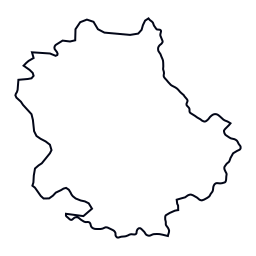 the border of Zapadno-Backi
{"feature_id": "SRB-273", "entity_name": "Zapadno-Backi", "entity_type": "District", "adm_level": 1, "iso_a3": "SRB", "parent_name": "Republic of Serbia", "parent_adm1": "", "projection": "natural_earth1", "projection_center": [19.294, 45.728], "detail": "fine", "context": "isolated", "style": "outline", "palette": "ink", "viewbox_px": 256, "rotation_deg": 0, "n_neighbors": 0, "source": "natural_earth", "source_scale": "10m", "svg_char_len": 4656}
<svg xmlns="http://www.w3.org/2000/svg" viewBox="0 0 256 256"><path d="M130.1,34.9L138.2,33.6L141.6,29.8L142.9,25.2L145.1,20.6L148.5,18.4L149.1,19.2L149.8,20.0L151.8,21.5L152.5,22.2L153.0,22.9L153.7,24.9L154.1,25.8L156.2,28.8L156.7,29.3L157.2,29.5L159.6,29.7L160.2,29.9L160.6,30.2L160.9,30.6L161.0,31.1L161.0,31.5L160.4,34.0L160.3,34.8L160.4,35.7L162.5,40.9L162.6,41.2L162.6,41.7L162.5,42.2L162.2,42.7L161.8,43.3L161.2,44.0L160.1,44.8L159.4,45.5L158.7,46.5L158.2,47.6L158.1,48.5L158.1,49.3L158.2,50.2L158.4,51.0L158.9,51.8L160.5,54.2L161.4,56.6L162.5,59.1L163.0,60.6L163.2,62.7L163.3,66.4L163.1,69.1L163.3,69.9L163.8,71.6L163.9,72.4L164.0,73.2L163.7,75.2L163.7,76.0L163.9,76.8L164.4,77.6L165.0,78.4L166.4,79.9L168.3,82.2L170.8,84.9L172.0,85.7L175.3,87.4L176.8,88.4L178.1,89.6L180.0,91.8L180.9,92.7L183.8,95.2L184.0,95.6L184.6,96.5L186.4,98.6L187.1,99.5L187.5,100.4L187.5,101.2L186.5,103.8L186.5,104.5L186.6,105.1L186.9,105.6L188.4,107.2L188.9,107.8L189.3,108.5L189.5,109.3L189.5,111.1L189.6,111.8L190.0,112.6L190.7,113.2L194.9,115.8L197.4,117.6L200.4,119.3L202.0,120.6L202.6,120.9L203.8,121.4L204.3,121.5L205.0,121.5L205.6,121.3L206.4,120.9L207.8,119.7L208.4,119.1L210.0,117.0L211.3,115.8L212.1,115.2L212.9,114.7L213.6,114.4L214.3,114.2L215.2,114.1L216.2,114.2L216.9,114.4L217.6,114.7L218.4,115.2L220.0,116.5L223.4,119.6L224.7,120.4L227.5,121.5L229.4,122.6L230.5,123.3L229.3,124.8L225.9,128.2L225.1,129.0L224.5,129.8L224.0,130.6L224.0,131.4L224.1,131.9L224.5,133.3L224.9,134.0L225.4,134.8L226.2,135.4L229.5,137.6L231.0,138.4L234.5,139.2L235.7,139.8L236.8,140.6L237.6,141.7L238.6,143.8L240.2,145.9L240.5,146.4L240.6,147.2L240.6,148.2L240.2,149.1L239.6,149.7L236.9,151.0L233.1,153.3L230.5,158.0L229.6,160.6L229.3,161.2L229.0,161.8L226.7,163.7L226.1,164.5L224.7,166.5L224.4,167.2L224.3,168.0L224.4,168.8L224.5,169.4L225.4,171.4L226.3,173.1L226.5,173.6L226.6,174.4L226.3,176.5L226.1,179.7L225.9,180.7L225.6,181.5L225.2,182.1L224.7,182.4L224.1,182.6L222.0,183.2L220.1,183.4L217.0,183.1L216.4,183.2L215.7,183.4L215.0,183.9L214.4,184.5L214.0,185.2L213.5,186.3L213.3,187.1L213.0,189.7L212.8,190.6L212.6,191.2L212.3,191.8L210.7,193.9L209.7,195.8L209.3,196.3L208.8,196.8L207.2,197.9L204.1,199.6L202.7,200.1L202.1,200.3L201.2,200.3L200.6,200.1L199.9,199.9L199.4,199.6L197.3,197.8L196.7,197.4L193.0,195.3L191.6,194.8L191.0,194.6L190.1,194.6L189.0,194.9L187.8,195.4L186.0,196.7L185.2,197.3L184.5,197.5L181.9,198.2L176.7,199.7L177.2,203.7L177.3,204.0L177.9,205.1L178.1,205.7L178.2,210.1L176.7,210.3L174.8,210.7L169.8,212.9L166.1,215.1L165.7,215.4L165.4,216.1L165.2,216.9L165.2,218.5L165.2,219.4L165.7,221.4L165.8,222.2L165.8,224.1L165.9,224.9L166.3,225.6L168.0,227.9L168.4,228.7L168.9,229.9L169.1,230.8L169.0,231.7L168.9,232.4L168.1,235.0L167.9,236.0L162.5,234.7L160.5,234.3L159.3,234.1L156.9,234.0L154.6,234.1L153.5,234.2L152.5,234.5L150.5,235.4L149.6,235.7L148.8,235.7L148.2,235.6L146.9,235.1L146.1,234.6L145.5,233.8L144.3,231.9L141.4,229.0L140.4,228.3L139.6,228.2L138.8,228.3L138.1,228.8L137.5,229.4L137.1,230.1L136.7,231.2L136.5,232.9L136.4,233.4L136.0,233.9L135.6,234.2L135.0,234.4L134.2,234.5L133.3,234.4L132.1,234.3L131.2,234.2L130.3,234.4L129.5,234.6L128.0,235.4L125.9,236.2L124.8,236.4L121.3,236.7L120.2,237.0L118.7,237.5L118.0,237.6L117.4,237.5L116.9,237.3L116.5,236.9L115.8,236.0L115.6,235.5L115.5,234.7L115.5,233.7L115.4,232.9L114.9,231.9L114.1,230.9L112.9,230.1L107.7,227.6L106.9,227.4L106.3,227.3L105.5,227.3L104.6,227.7L102.6,228.6L101.6,228.8L100.5,229.0L97.1,229.0L94.9,228.9L93.9,228.6L93.3,228.4L92.2,227.7L91.7,227.2L91.3,226.7L91.0,226.1L90.3,223.6L90.0,223.1L89.6,222.6L89.1,222.3L88.5,222.1L87.7,222.0L85.7,222.1L84.8,221.9L84.0,221.6L81.2,219.9L78.6,217.8L78.0,217.5L77.4,217.3L76.5,217.2L75.6,217.3L74.9,217.5L74.3,217.8L72.2,219.6L71.3,219.9L70.8,219.8L70.2,219.6L69.5,219.1L68.1,217.8L66.4,216.4L66.0,215.7L65.9,215.0L66.0,214.3L66.0,213.8L83.4,216.1L92.0,208.7L88.7,203.3L84.9,201.4L80.7,200.5L75.7,198.5L72.8,196.2L71.5,194.5L70.6,192.6L68.8,189.7L66.1,187.9L63.5,188.6L60.9,190.2L55.8,192.6L52.9,195.7L49.1,198.4L43.6,198.5L40.8,196.0L34.9,187.6L32.4,185.7L33.4,182.5L33.8,175.5L35.0,168.5L38.6,165.4L41.8,163.3L49.9,153.3L51.5,150.1L49.9,144.7L45.6,141.4L40.6,138.8L36.5,136.0L34.1,131.2L32.9,119.9L31.5,114.2L23.0,104.9L20.9,101.7L16.4,97.6L15.4,95.3L15.9,93.7L16.9,92.1L17.6,89.9L18.4,79.8L27.8,79.0L31.5,78.3L33.6,75.8L32.7,72.9L29.6,69.9L23.6,65.7L26.3,62.9L28.6,60.9L33.6,58.0L32.0,52.3L50.0,53.5L55.6,55.8L57.3,55.0L57.6,53.8L57.0,52.2L54.7,49.1L54.4,47.7L54.7,46.3L55.6,45.0L62.6,40.6L70.0,41.5L75.2,40.3L75.5,29.2L80.2,22.2L86.9,19.6L93.5,21.8L97.9,29.2L104.4,32.6L130.1,34.9Z" fill="none" stroke="#020617" stroke-width="2"/></svg>